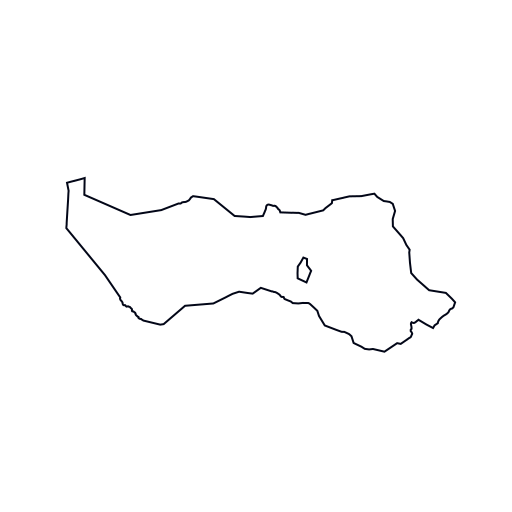 Aldarxaan, Dzavhan, Mongolia (Mercator projection), rotated 21°
{"feature_id": "93677404B43820021416267", "entity_name": "Aldarxaan", "entity_type": "district", "adm_level": 2, "iso_a3": "MNG", "parent_name": "Mongolia", "parent_adm1": "Dzavhan", "projection": "mercator", "projection_center": [96.609, 47.727], "detail": "fine", "context": "isolated", "style": "outline", "palette": "ink", "viewbox_px": 512, "rotation_deg": 21, "n_neighbors": 0, "source": "geoboundaries", "source_scale": "gbopen_adm2", "svg_char_len": 5528}
<svg xmlns="http://www.w3.org/2000/svg" viewBox="0 0 512 512"><g transform="rotate(21 256 256)"><path d="M458.5,227.9L454.2,225.7L446.5,222.4L429.9,225.9L414.8,220.3L407.0,216.3L402.2,207.2L397.8,197.8L397.2,195.1L392.4,191.8L387.0,186.6L381.0,183.4L376.2,180.9L373.2,179.3L370.4,172.5L369.7,164.1L365.0,158.3L361.6,157.6L361.4,157.6L361.1,157.7L358.1,158.3L355.6,158.9L352.5,158.3L348.0,157.4L344.2,155.4L341.0,157.3L332.8,162.4L321.9,166.8L317.1,170.0L316.9,170.2L312.8,172.9L307.3,176.6L307.2,176.6L307.2,176.8L307.3,177.0L307.5,177.8L307.6,178.3L307.7,178.6L307.9,179.5L306.9,181.2L303.7,186.4L302.4,189.3L291.3,197.1L291.1,197.2L289.3,198.5L287.5,199.8L280.5,200.4L278.4,201.2L274.6,202.5L274.4,202.6L274.0,202.8L270.5,204.0L264.4,206.1L263.1,206.6L262.5,205.9L262.3,205.5L261.9,205.1L261.6,204.8L261.2,204.6L260.8,204.4L260.6,204.4L260.4,204.4L260.2,204.3L259.9,204.2L259.7,204.1L259.4,203.9L259.3,203.7L259.0,203.6L258.7,203.4L258.4,203.2L258.2,203.1L257.8,202.9L257.6,202.8L257.3,202.8L257.0,202.6L256.6,202.4L256.4,202.3L256.2,202.3L255.9,202.4L255.7,202.5L255.0,202.5L254.9,202.6L254.5,202.9L254.1,203.0L253.7,203.1L253.1,203.1L252.8,203.1L252.5,203.0L252.1,203.1L251.6,203.2L251.0,203.2L250.4,203.3L249.9,203.3L249.4,203.4L249.1,203.6L248.7,203.8L248.4,204.1L248.2,204.4L248.0,204.7L247.9,205.0L247.8,205.3L247.8,205.6L247.8,206.2L248.1,207.4L248.3,208.1L248.3,208.7L248.4,209.3L248.3,210.3L248.3,212.0L248.1,216.2L243.3,218.5L236.7,221.7L231.3,223.3L221.7,226.3L196.3,218.0L180.0,221.7L175.8,222.7L175.6,223.0L175.0,223.8L174.5,224.5L174.3,224.8L174.2,224.9L174.2,225.1L174.2,225.5L174.1,225.9L173.7,227.2L173.5,227.8L173.3,228.2L173.2,228.4L172.9,228.7L172.5,229.1L172.1,229.6L171.2,230.5L170.8,230.8L170.4,231.0L169.8,231.3L169.1,231.6L168.5,232.0L168.0,232.3L167.9,232.4L167.7,232.5L167.6,232.8L167.3,233.3L166.9,233.9L166.7,234.1L166.2,234.3L165.7,234.5L165.3,234.6L164.9,234.7L151.1,247.1L147.8,249.0L124.3,262.6L124.1,262.7L73.8,260.4L68.1,244.6L64.0,247.7L53.3,255.3L57.7,262.3L58.4,264.7L60.5,271.1L64.8,284.8L67.3,292.7L67.6,293.6L67.8,294.0L68.7,297.2L69.0,298.0L73.1,300.3L121.9,328.0L142.0,341.9L144.1,343.3L144.2,343.9L144.3,344.2L144.3,344.5L144.6,344.9L145.0,345.3L145.3,345.6L145.6,345.8L146.1,346.0L146.4,346.2L146.7,346.3L147.1,346.5L147.4,346.8L147.7,347.0L148.0,347.2L148.1,347.4L148.4,348.0L148.7,348.4L148.9,348.7L149.2,349.0L149.5,349.2L149.8,349.3L150.0,349.3L150.4,349.3L150.5,349.2L150.8,349.1L151.0,348.9L151.4,348.8L151.5,348.8L151.9,349.0L152.0,349.1L152.3,349.3L152.5,349.4L152.7,349.5L153.0,349.6L153.5,349.6L153.8,349.3L154.0,349.2L154.4,348.9L154.7,348.8L154.8,348.8L155.0,348.8L155.4,348.9L155.8,348.9L156.1,348.8L156.3,348.8L156.5,348.8L156.8,348.9L157.1,349.1L157.3,349.2L157.6,349.4L157.8,349.5L158.1,349.6L158.3,349.6L158.8,349.8L159.0,349.9L159.2,350.1L159.4,350.4L159.5,350.8L159.6,351.0L159.7,351.3L159.8,351.6L160.1,351.9L160.3,352.0L160.5,352.0L160.9,351.8L161.1,351.7L161.4,351.7L161.5,351.7L161.7,351.8L162.0,351.9L162.4,352.0L162.7,352.1L162.9,352.2L163.2,352.2L163.4,352.2L163.6,352.3L163.8,352.6L163.9,352.8L164.1,353.0L164.4,353.2L164.4,353.4L164.5,353.6L164.7,353.8L165.1,354.1L165.3,354.2L165.5,354.3L165.9,354.5L166.1,354.5L166.4,354.6L166.6,354.7L166.7,354.8L167.1,354.9L167.3,355.0L167.5,355.0L167.9,355.0L168.1,355.0L168.3,355.2L168.3,355.5L168.4,355.8L168.6,356.0L169.0,356.1L169.4,356.2L169.7,356.3L170.2,356.2L170.4,356.2L170.7,356.1L170.9,356.1L171.1,356.1L171.3,356.0L171.5,356.1L171.9,356.2L172.2,356.3L172.5,356.3L173.0,356.4L173.5,356.5L173.8,356.6L174.2,356.6L191.2,354.4L194.2,352.7L207.6,327.9L233.2,315.6L242.4,305.6L244.6,303.1L247.7,299.7L253.0,295.4L261.6,293.5L265.3,292.6L265.7,292.5L266.4,292.3L271.9,284.0L283.5,283.4L284.2,283.1L285.2,283.2L287.1,282.8L289.0,283.0L290.7,283.4L291.9,283.7L293.0,284.4L293.9,284.9L294.7,285.0L296.2,284.4L296.7,284.5L297.1,285.1L297.7,285.6L298.1,285.9L302.0,286.0L302.3,286.0L304.8,286.0L307.2,286.8L312.6,285.1L316.8,282.9L317.0,282.9L319.1,282.1L321.9,281.1L323.8,281.5L325.3,282.1L325.8,282.3L328.6,283.4L332.9,285.2L336.3,289.4L345.1,296.2L350.2,296.2L351.9,296.2L357.3,296.2L362.7,296.1L362.9,296.1L363.1,296.1L365.6,295.2L365.8,295.2L367.5,295.3L369.0,295.4L369.3,295.4L371.1,295.6L373.9,296.7L378.3,302.2L380.4,302.4L386.9,302.9L390.8,303.7L395.1,302.7L398.5,300.9L410.2,299.3L419.0,286.8L422.6,286.2L428.4,277.7L428.5,277.5L428.8,277.2L429.1,276.9L429.3,276.6L429.5,276.2L429.6,275.5L429.6,274.7L429.6,274.0L429.7,273.4L429.7,272.6L429.2,272.0L428.6,271.4L428.1,271.1L427.5,270.8L427.3,270.6L427.2,270.1L427.0,269.8L426.9,269.5L426.9,269.1L427.2,268.7L427.3,268.3L427.2,267.9L426.9,267.2L426.5,266.4L425.3,264.5L425.0,264.0L424.8,263.0L424.9,262.7L425.0,262.1L426.0,262.2L427.0,262.1L427.9,261.6L428.4,260.9L429.0,260.0L429.5,259.0L430.1,258.2L430.5,257.3L439.6,258.9L447.1,259.8L447.6,256.7L449.8,253.6L449.6,252.8L449.6,251.2L449.9,249.6L450.4,248.5L451.0,247.3L451.5,246.3L452.3,245.0L452.9,244.1L454.0,242.8L454.8,241.6L455.2,240.9L455.7,239.8L455.8,239.4L455.9,239.0L455.9,237.9L456.0,237.5L456.1,236.8L456.3,236.3L456.7,235.8L457.1,235.3L457.4,235.1L457.7,234.9L458.0,234.6L458.2,234.1L458.5,233.6L458.7,233.1L458.5,227.9ZM312.7,255.9L312.6,262.6L305.5,262.1L302.9,261.9L300.9,257.1L300.3,255.3L299.1,251.8L299.1,251.7L298.8,250.9L300.0,246.2L300.8,240.5L302.9,240.5L303.1,240.5L304.7,240.5L306.9,246.4L309.6,248.1L309.8,248.2L310.8,248.8L312.2,249.7L312.8,250.1L312.7,252.4L312.7,253.5L312.7,254.6L312.7,255.4L312.7,255.6L312.7,255.9Z" fill="none" stroke="#020617" stroke-width="2"/></g></svg>